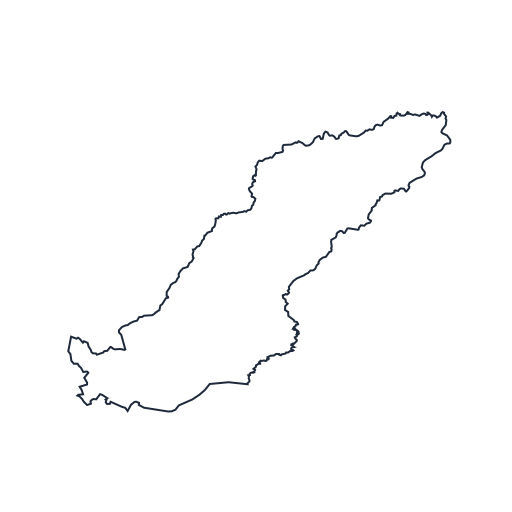 Igembe South, Eastern, Kenya (Natural Earth projection), rotated 286°
{"feature_id": "3690345B60078326777064", "entity_name": "Igembe South", "entity_type": "district", "adm_level": 2, "iso_a3": "KEN", "parent_name": "Kenya", "parent_adm1": "Eastern", "projection": "natural_earth1", "projection_center": [38.161, 0.099], "detail": "fine", "context": "isolated", "style": "outline", "palette": "slate", "viewbox_px": 512, "rotation_deg": 286, "n_neighbors": 0, "source": "geoboundaries", "source_scale": "gbopen_adm2", "svg_char_len": 6122}
<svg xmlns="http://www.w3.org/2000/svg" viewBox="0 0 512 512"><g transform="rotate(286 256 256)"><path d="M66.2,134.7L68.5,138.0L70.7,136.9L72.7,138.0L73.7,139.1L74.2,141.9L80.2,144.2L80.1,146.5L78.3,152.3L76.6,151.1L76.5,151.9L74.1,151.8L72.7,153.5L73.6,156.3L75.8,156.4L74.1,168.3L74.0,172.2L71.6,175.3L78.7,176.9L82.2,179.4L82.9,180.9L82.6,184.0L80.5,184.4L79.3,190.2L82.3,214.4L83.5,217.8L86.0,220.9L91.1,223.0L100.6,234.4L107.1,239.9L113.1,243.8L120.2,246.8L127.1,264.4L130.4,283.2L131.0,282.8L133.5,284.2L134.7,284.0L136.2,282.8L138.5,282.3L139.2,281.5L139.9,282.9L140.6,282.4L142.1,283.0L143.4,284.9L143.0,285.4L143.8,286.5L144.3,286.2L146.3,286.5L146.8,284.7L149.4,286.4L151.0,286.2L152.9,288.0L153.6,289.7L154.1,289.5L154.1,288.7L154.7,288.2L156.7,289.4L156.6,290.3L157.8,292.5L157.7,294.1L158.1,294.8L160.3,295.1L159.8,296.0L160.2,296.5L160.9,296.5L162.0,295.0L164.2,297.5L165.3,300.7L167.4,302.3L168.1,305.2L167.4,305.6L167.5,307.4L168.4,307.6L170.4,311.3L171.6,311.6L172.0,313.4L173.8,314.7L174.8,317.3L175.5,318.0L175.8,317.4L175.2,315.9L177.0,315.2L178.3,316.2L179.0,317.6L179.3,316.2L180.1,315.9L180.0,314.5L180.8,314.4L182.1,315.8L181.8,316.5L185.5,318.6L186.5,318.4L187.3,316.8L188.5,315.7L190.0,317.4L191.1,317.3L191.5,316.5L192.1,316.7L192.4,318.2L193.2,318.6L193.7,318.2L193.8,316.5L194.3,316.5L195.0,317.5L195.4,317.0L195.5,315.7L196.2,315.3L195.6,313.3L197.1,313.4L197.2,312.5L196.4,312.3L196.2,311.6L198.0,312.0L199.8,313.4L201.0,313.4L201.5,314.8L202.1,315.3L203.8,313.6L203.7,310.9L204.8,310.1L207.3,303.6L211.1,302.3L212.1,298.8L215.6,297.9L218.9,299.6L220.0,297.3L222.2,296.4L223.2,293.7L225.3,292.6L226.1,292.9L226.3,293.9L227.6,295.0L227.5,296.5L229.2,297.7L229.9,297.9L231.4,296.1L233.1,297.1L235.4,296.1L242.2,298.8L245.8,301.5L251.0,307.9L251.7,308.1L254.2,310.9L257.0,312.2L257.9,314.8L258.9,315.8L259.8,316.4L263.8,317.0L266.0,318.3L267.3,317.8L269.8,318.4L272.7,320.5L274.6,323.5L280.1,325.4L281.2,327.1L283.4,326.8L284.3,326.0L285.6,326.3L290.6,324.2L292.3,324.0L295.7,327.4L297.9,327.8L299.8,327.4L301.1,328.0L303.4,330.1L303.5,332.1L302.3,333.9L302.7,334.9L307.6,336.3L308.1,337.1L309.3,346.7L309.7,347.3L311.6,347.2L314.4,348.3L314.9,351.7L317.5,353.2L319.4,356.3L321.1,356.9L321.8,356.7L322.2,354.5L323.2,353.2L327.1,352.9L331.6,354.7L334.2,354.1L337.7,357.0L338.6,356.7L340.0,357.3L342.9,357.3L343.1,358.8L343.7,359.3L346.8,359.0L347.9,360.7L349.4,360.9L351.7,363.2L353.1,368.7L354.2,370.3L355.5,371.5L356.8,371.1L357.4,371.7L357.8,374.8L359.4,375.3L360.9,376.6L361.4,379.7L359.4,382.0L359.5,382.8L363.5,384.5L365.0,384.2L365.3,383.5L366.2,383.1L368.7,383.5L374.7,389.0L377.6,393.5L379.8,395.4L382.4,395.5L383.4,394.8L385.4,392.0L387.1,390.8L391.9,390.7L394.8,392.2L400.3,397.3L404.5,400.3L408.2,404.4L410.1,405.6L414.9,406.5L416.7,408.5L417.6,411.2L418.6,411.5L421.3,410.7L424.6,406.3L425.3,401.5L426.3,400.0L428.5,400.1L434.2,402.3L439.2,401.5L440.3,400.3L442.5,400.3L444.6,397.4L445.6,397.3L445.8,395.7L444.0,394.6L441.8,394.5L438.9,391.9L440.0,390.1L440.1,388.2L439.7,387.1L438.3,386.7L439.4,385.8L441.3,382.0L441.1,381.3L439.4,382.1L438.7,381.6L438.5,380.5L439.3,379.5L439.2,378.0L437.8,376.1L435.8,374.6L435.9,369.7L434.9,368.3L435.1,364.8L434.6,363.0L436.0,363.0L436.1,362.0L432.6,360.7L431.6,359.2L430.9,356.3L431.1,355.5L432.1,355.3L432.0,353.8L432.7,352.5L431.7,351.9L429.6,352.2L428.9,350.6L426.5,349.8L426.2,347.7L427.6,347.4L427.5,346.6L424.5,345.2L420.2,341.7L416.5,341.1L415.6,339.4L415.8,336.7L414.7,335.0L413.1,334.3L410.4,334.2L409.8,333.6L409.1,332.2L409.1,330.3L407.0,328.3L406.8,326.8L404.6,325.9L399.8,321.6L398.7,319.5L397.8,312.9L398.0,311.8L400.5,308.8L400.9,308.0L400.6,307.2L398.9,306.3L396.9,304.3L395.5,304.2L394.7,302.8L392.0,303.0L390.8,301.3L390.7,300.2L392.3,298.5L393.0,296.1L392.0,293.8L392.2,293.1L394.5,290.6L394.7,288.4L392.4,287.5L387.0,287.8L386.4,286.2L388.8,283.9L387.9,282.3L385.2,280.0L381.0,279.3L377.8,277.3L376.7,275.9L375.8,273.7L375.9,272.6L377.4,269.4L378.0,265.2L376.4,264.6L376.0,263.9L376.2,262.9L372.9,259.3L370.5,252.3L369.8,251.6L368.6,251.5L366.0,252.1L364.7,253.0L363.3,252.7L361.1,248.8L360.5,246.7L355.2,244.5L354.7,243.7L354.8,242.5L353.1,240.6L352.6,239.0L351.7,237.8L349.0,235.9L348.5,232.8L346.5,231.9L343.9,231.9L341.9,230.8L339.5,232.6L336.7,232.8L333.4,233.7L332.9,233.3L333.2,232.3L331.8,231.2L329.1,231.5L328.7,232.3L328.6,234.1L327.6,234.5L325.9,232.6L324.2,232.5L322.8,233.4L322.2,233.3L319.4,230.7L318.4,230.7L316.6,232.2L314.8,235.1L312.2,235.2L311.7,235.7L311.9,237.4L310.9,239.6L308.3,239.7L307.0,239.0L304.4,239.2L303.3,238.3L300.2,238.4L298.8,237.6L297.5,235.2L295.9,234.4L295.9,232.4L294.7,231.1L293.1,227.3L291.6,225.4L291.3,222.1L289.4,218.7L289.7,217.9L289.1,217.1L287.9,216.6L287.6,215.6L288.2,214.6L287.7,213.4L286.2,212.8L285.8,211.2L284.0,211.4L283.8,209.4L281.8,209.4L281.2,207.2L280.4,206.8L279.0,207.6L275.6,208.0L272.9,208.0L270.5,206.3L267.8,206.7L265.0,202.9L261.6,201.5L261.4,200.8L257.9,201.2L255.8,199.9L254.0,199.9L249.9,198.7L249.0,196.9L245.5,195.3L244.8,193.6L243.2,194.6L239.8,194.6L238.3,195.6L237.4,195.6L236.8,196.6L232.9,195.7L230.7,193.8L226.6,193.3L224.0,189.2L220.7,187.5L217.4,186.6L214.7,187.6L212.0,186.5L210.2,186.4L208.6,185.6L207.5,184.1L204.8,182.0L201.7,181.7L196.8,180.1L193.0,181.1L192.6,182.6L191.8,183.0L190.5,181.0L183.8,179.1L182.1,177.7L177.3,178.1L175.7,176.4L174.3,175.6L174.1,175.0L172.5,174.3L170.5,172.6L167.7,164.7L166.0,163.3L165.0,160.5L161.1,159.5L159.2,156.3L156.3,153.1L154.2,151.7L153.3,149.7L150.8,146.7L146.7,144.7L144.7,145.4L143.1,148.2L130.2,156.1L129.5,155.6L129.2,151.1L127.4,146.2L127.4,144.6L128.5,141.9L128.4,141.1L123.8,139.1L122.9,136.7L122.2,136.0L121.1,135.8L117.3,130.2L118.2,129.0L117.5,126.1L118.3,124.3L120.2,123.1L122.9,120.0L126.1,118.1L126.6,114.1L125.0,113.5L127.8,109.3L128.4,107.4L127.0,106.2L127.5,100.5L112.7,101.8L110.5,104.7L104.5,107.3L102.2,110.6L103.3,114.2L101.5,116.1L100.3,118.6L96.9,122.0L98.2,124.9L98.3,125.8L97.5,127.0L91.6,124.5L87.8,128.5L85.9,129.0L81.7,122.5L79.2,125.3L75.4,127.9L73.6,123.4L72.6,122.8L72.4,125.0L70.6,128.3L68.4,130.7L66.2,134.7Z" fill="none" stroke="#1e293b" stroke-width="2"/></g></svg>